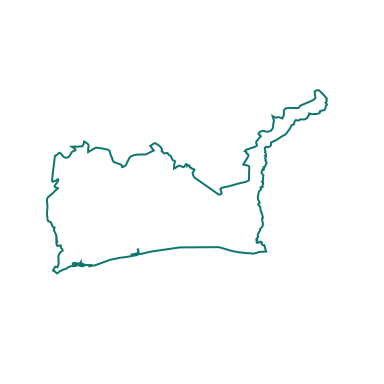 Tamaulipas, Mercator projection, rotated 75°
{"feature_id": "MEX-2716", "entity_name": "Tamaulipas", "entity_type": "State", "adm_level": 1, "iso_a3": "MEX", "parent_name": "Mexico", "parent_adm1": "", "projection": "mercator", "projection_center": [-98.976, 24.945], "detail": "fine", "context": "isolated", "style": "outline", "palette": "teal", "viewbox_px": 384, "rotation_deg": 75, "n_neighbors": 0, "source": "natural_earth", "source_scale": "10m", "svg_char_len": 6080}
<svg xmlns="http://www.w3.org/2000/svg" viewBox="0 0 384 384"><g transform="rotate(75 192 192)"><path d="M136.6,37.6L137.2,38.3L139.0,38.2L140.0,39.8L140.6,39.8L141.7,39.2L142.3,39.0L142.8,39.2L143.4,40.4L143.8,40.6L145.7,41.4L146.7,42.3L147.1,43.2L147.0,47.5L147.3,47.7L148.1,47.8L148.5,48.0L148.9,49.3L148.9,51.7L148.3,53.7L148.1,54.9L147.6,56.8L146.7,57.8L146.4,58.4L148.1,59.2L148.5,60.0L149.2,60.4L149.9,61.3L150.5,62.2L150.8,63.3L151.0,64.4L150.8,65.5L150.0,68.0L149.9,69.1L150.5,70.1L150.6,70.7L150.4,71.2L149.4,73.1L150.5,74.7L151.3,75.3L152.6,75.6L153.0,76.1L153.1,76.7L153.1,77.9L153.3,78.5L155.8,80.7L160.4,86.3L161.8,91.6L163.8,97.6L164.3,101.4L164.7,102.8L165.9,103.3L167.2,103.6L167.8,104.4L168.4,106.0L168.5,106.7L167.5,108.9L167.7,109.5L168.7,110.4L169.7,110.6L171.7,110.5L172.3,111.1L172.6,111.2L173.8,110.8L175.0,110.9L175.5,111.2L175.9,112.1L176.7,111.3L178.6,112.7L179.8,112.4L180.3,112.8L180.8,112.9L181.2,112.8L181.5,112.4L182.1,112.7L182.9,112.4L183.3,112.4L184.4,113.6L186.1,114.7L186.7,115.4L186.5,116.4L187.9,116.4L188.5,116.6L189.0,117.1L188.3,117.9L188.4,118.2L189.3,118.4L190.3,119.4L190.9,119.7L191.6,119.9L194.6,118.7L196.1,119.5L197.7,119.9L199.2,120.5L200.2,121.8L201.0,120.8L202.5,121.3L204.1,122.2L205.5,122.6L205.1,123.8L205.1,124.4L205.7,124.6L207.1,124.6L209.0,127.3L213.0,129.4L215.0,130.0L216.8,130.1L219.2,129.4L220.2,129.7L220.6,131.0L221.1,131.3L222.2,130.9L223.8,130.1L224.5,130.0L227.5,130.5L230.7,130.1L234.6,130.1L235.6,130.4L235.7,131.2L236.4,131.4L240.9,131.7L241.9,132.0L242.9,132.4L243.8,133.2L245.3,135.6L246.8,136.3L249.1,138.7L250.8,139.7L252.8,139.9L253.1,140.3L253.4,141.2L254.0,142.0L255.1,142.2L255.3,142.0L255.4,141.4L255.8,141.4L256.1,141.7L256.5,142.5L257.0,142.6L258.1,142.1L258.1,141.0L257.6,138.7L257.8,138.4L258.9,137.5L259.8,138.2L261.0,137.8L262.0,136.9L262.1,136.0L262.8,135.8L265.3,136.0L268.7,135.7L267.2,143.5L267.7,145.7L267.4,146.9L267.3,149.5L266.2,151.6L265.6,153.9L262.4,162.2L259.4,168.5L252.2,180.4L242.4,218.0L239.0,246.6L238.6,257.9L238.2,258.9L237.3,259.3L233.6,258.9L233.6,259.2L236.1,259.4L236.8,260.0L237.1,261.4L236.8,266.5L237.1,266.5L237.5,265.0L237.7,261.3L238.2,259.7L238.7,261.6L237.7,273.0L236.9,278.4L236.3,288.5L237.7,304.5L237.1,311.4L237.1,307.3L236.6,307.9L235.0,313.7L234.6,314.5L232.9,316.3L232.7,316.7L232.8,317.5L232.5,317.9L232.2,317.9L230.8,317.5L231.8,318.7L231.9,319.8L230.1,323.9L229.9,324.7L230.1,325.5L230.5,325.9L231.1,325.9L231.7,325.6L232.2,325.1L232.0,322.8L232.2,322.1L232.7,321.4L233.0,321.4L233.2,322.8L233.2,324.4L232.2,328.9L233.7,334.5L233.6,336.1L234.3,339.7L235.7,343.4L233.9,344.7L232.9,345.2L232.6,345.8L232.1,346.4L231.5,346.4L230.0,344.7L228.9,343.7L228.9,342.9L229.8,341.5L229.2,340.9L226.4,339.2L224.3,338.9L221.7,338.1L219.7,337.9L217.1,335.8L216.2,334.8L215.3,332.3L214.3,331.9L213.7,332.1L212.7,332.7L211.6,333.1L211.3,333.1L210.4,332.6L209.6,332.7L209.4,333.7L209.4,335.1L209.2,336.0L208.6,336.4L207.9,336.4L206.6,335.9L205.8,336.3L205.1,334.9L204.5,335.0L203.8,335.7L203.3,335.6L201.9,334.6L201.2,335.1L200.5,334.5L198.1,334.4L192.8,335.3L191.7,334.8L190.8,334.0L189.9,335.2L188.4,335.7L185.2,336.1L184.4,336.5L182.8,338.5L181.8,338.7L176.2,337.9L174.6,337.5L170.8,336.1L167.9,335.2L162.5,334.3L161.4,333.9L160.4,333.1L159.5,332.0L156.9,326.4L155.1,323.4L153.7,320.6L152.4,322.3L151.7,323.1L151.0,323.3L150.1,322.7L147.5,319.4L147.1,319.0L145.9,318.1L145.5,318.0L145.0,318.1L145.9,321.6L146.0,322.4L146.0,323.8L145.6,324.3L144.7,324.1L139.5,322.3L121.8,315.1L121.5,314.6L121.2,313.0L119.8,310.3L119.9,309.7L120.6,308.9L121.7,308.3L124.1,307.4L125.2,306.6L126.1,305.4L126.5,303.9L126.2,302.0L125.1,300.5L122.4,297.8L121.9,296.8L121.5,293.8L120.7,293.5L119.3,294.3L117.2,296.3L117.5,294.5L118.5,291.2L119.4,286.4L119.0,285.5L117.8,284.5L115.3,283.1L118.1,280.5L119.6,279.8L121.3,280.1L123.9,281.3L126.6,282.0L124.3,273.5L124.6,272.3L125.2,271.1L127.0,266.8L129.3,262.4L130.0,261.6L131.0,261.1L132.1,261.0L135.1,261.0L138.0,260.5L140.9,260.4L142.3,260.1L143.2,259.2L147.4,253.2L147.9,252.9L149.4,253.2L149.9,253.1L150.0,252.6L149.3,249.4L148.7,248.6L146.0,246.5L142.7,243.4L141.8,241.8L141.5,239.3L141.5,236.5L141.8,234.6L143.6,227.6L143.7,226.6L142.0,218.2L136.7,220.4L135.7,217.6L135.3,216.1L135.3,214.9L138.9,211.6L139.7,211.0L143.0,209.9L143.4,210.0L144.2,210.6L144.6,210.8L145.0,210.6L146.2,209.6L147.1,209.3L147.5,209.0L147.6,208.4L147.7,206.6L147.9,205.9L148.6,205.3L150.0,205.0L150.4,204.7L151.0,203.8L151.8,203.1L154.7,202.8L155.9,202.5L156.4,202.1L157.5,200.7L158.0,200.4L160.7,202.0L164.7,203.3L164.3,201.3L163.3,198.8L163.2,197.5L163.9,196.3L165.6,194.3L165.8,193.7L165.6,193.0L163.6,190.8L163.5,190.2L164.1,189.8L165.1,189.7L165.8,189.9L165.4,188.1L165.7,187.6L167.7,187.8L168.5,186.3L169.4,186.1L170.7,184.0L171.4,183.8L173.0,186.0L174.1,186.6L175.4,186.6L177.9,186.2L178.9,185.7L199.3,168.6L201.0,167.3L201.6,166.5L201.5,164.5L201.4,164.0L201.0,163.8L200.2,163.7L196.8,163.8L196.0,163.5L195.7,162.1L195.7,159.6L196.0,155.3L195.9,143.6L196.1,138.3L195.9,135.4L195.3,133.9L186.8,131.5L184.3,130.6L182.9,130.3L181.8,130.3L181.0,131.2L178.8,135.4L176.2,132.8L172.1,128.4L171.2,128.0L170.1,128.1L169.7,128.3L169.0,129.3L168.6,129.3L167.9,129.1L167.5,129.1L166.3,130.5L165.3,128.9L165.0,125.7L164.8,122.1L164.6,119.4L164.2,117.7L163.9,117.2L163.2,117.1L161.6,117.3L160.8,117.2L160.1,116.9L157.3,113.3L156.0,111.1L155.3,111.2L154.2,112.2L153.0,112.8L152.1,111.8L151.6,110.9L151.3,110.0L151.3,109.1L151.4,107.1L151.6,106.7L152.3,105.8L153.0,104.4L153.4,102.8L153.4,101.1L153.0,99.5L151.9,98.0L150.2,96.9L146.7,95.6L144.5,94.5L143.8,94.4L139.6,94.5L141.3,92.7L141.8,91.8L142.1,89.0L142.7,87.9L144.2,85.8L143.7,85.7L143.1,84.5L141.4,83.5L140.8,83.0L138.8,82.7L137.7,82.3L137.2,82.3L135.6,80.2L135.8,76.7L138.2,68.5L138.4,67.5L138.1,66.6L137.0,65.6L136.6,64.8L135.1,54.2L134.3,50.3L133.2,48.5L126.7,47.5L126.4,46.8L126.2,45.5L126.2,44.1L126.4,43.3L128.8,41.7L131.3,40.2L136.6,37.6ZM233.9,318.6L234.8,316.2L235.3,315.5L235.5,316.6L234.9,318.4L233.8,320.0L232.5,320.5L232.8,319.9L233.9,318.6Z" fill="none" stroke="#0f766e" stroke-width="2"/></g></svg>